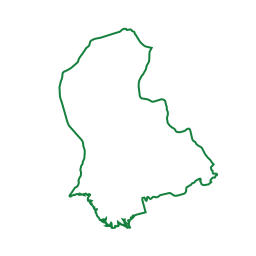 Sind, Natural Earth projection, rotated 345°
{"feature_id": "PAK-1114", "entity_name": "Sind", "entity_type": "Province", "adm_level": 1, "iso_a3": "PAK", "parent_name": "Pakistan", "parent_adm1": "", "projection": "natural_earth1", "projection_center": [68.493, 26.111], "detail": "fine", "context": "isolated", "style": "outline", "palette": "green", "viewbox_px": 256, "rotation_deg": 345, "n_neighbors": 0, "source": "natural_earth", "source_scale": "10m", "svg_char_len": 5834}
<svg xmlns="http://www.w3.org/2000/svg" viewBox="0 0 256 256"><g transform="rotate(345 128 128)"><path d="M171.6,56.7L168.7,59.9L168.3,60.6L165.9,68.4L165.2,69.6L162.3,72.5L160.4,76.0L156.5,80.0L154.3,81.6L151.3,84.9L150.0,87.4L149.1,90.4L147.7,100.1L148.0,101.8L149.0,103.0L154.2,105.3L155.5,106.3L157.9,108.7L159.4,109.2L167.4,108.9L168.6,109.2L169.8,110.0L170.8,111.3L170.9,112.7L170.7,116.0L170.9,117.6L170.8,118.3L170.5,119.1L170.3,119.9L170.3,120.7L170.6,122.3L170.4,123.8L170.0,125.3L168.2,128.5L168.0,129.2L168.0,130.6L167.7,132.7L167.7,133.3L168.4,135.3L169.4,137.2L170.7,138.9L172.1,140.2L172.7,141.0L173.4,143.3L173.9,144.2L174.4,144.6L175.7,145.1L177.6,145.6L181.5,145.5L182.8,145.2L184.1,144.6L185.3,144.2L186.7,144.4L187.4,145.5L187.5,147.2L187.2,155.3L187.5,156.7L188.0,157.5L189.4,159.1L189.6,160.1L189.8,161.0L190.2,161.8L191.3,163.2L193.4,165.2L194.0,166.0L194.4,167.0L195.5,172.5L196.3,174.7L197.2,176.8L199.2,180.2L200.4,183.7L201.3,185.2L200.6,185.8L198.4,187.0L197.9,187.9L197.7,189.2L197.8,190.3L198.4,190.9L198.5,191.2L198.6,191.4L198.4,191.9L198.3,193.1L198.3,193.7L198.4,194.0L199.2,194.4L200.5,194.7L201.7,195.1L202.0,196.1L201.6,196.5L200.0,197.1L199.7,197.5L199.4,198.0L199.1,198.3L198.4,198.3L197.7,197.9L197.1,197.9L196.5,198.1L194.4,199.6L193.9,200.3L194.0,201.0L194.5,201.7L194.3,202.0L193.0,202.4L191.7,203.1L191.1,203.3L186.6,202.9L185.3,202.2L184.8,201.6L184.5,201.1L184.4,199.5L184.0,198.1L184.0,197.6L184.2,197.4L184.8,197.0L185.0,196.6L184.6,195.6L183.2,195.6L179.7,196.5L178.2,197.7L177.6,197.9L175.8,198.0L175.1,198.4L173.9,199.3L173.2,199.5L172.5,199.5L170.6,200.2L169.5,200.4L169.1,200.6L168.7,201.3L167.9,203.7L167.5,204.5L166.3,205.6L164.9,206.0L158.1,206.1L156.3,205.8L154.8,205.0L152.2,202.0L151.2,201.5L141.8,201.2L139.3,202.2L137.9,202.4L137.3,202.3L135.4,201.3L134.6,201.0L134.0,201.2L132.6,202.0L131.7,202.3L131.1,202.3L130.7,201.7L130.0,200.5L129.8,200.1L129.5,199.9L129.2,199.7L128.7,199.8L128.5,200.0L128.4,200.7L127.3,202.8L127.0,203.1L126.3,202.5L126.1,200.2L125.7,199.4L123.9,199.3L123.2,201.0L123.2,214.0L113.4,213.9L111.8,214.2L110.8,215.0L110.7,214.3L110.6,214.0L110.4,213.8L110.0,213.9L110.0,214.2L110.1,214.9L109.8,215.5L109.4,215.9L109.0,216.2L108.5,215.9L108.1,215.1L107.8,215.1L107.5,215.4L107.4,215.8L107.4,216.4L107.6,216.7L107.5,216.9L107.0,216.8L105.9,217.5L105.0,218.9L104.2,216.4L104.2,218.0L104.6,219.0L104.5,219.8L103.9,221.3L103.7,222.1L103.7,222.8L104.1,224.0L104.2,224.7L103.9,224.8L103.3,224.2L102.3,223.2L102.2,224.2L101.7,224.2L101.0,223.7L100.7,222.8L100.8,222.5L101.4,222.0L101.4,221.2L101.7,220.3L101.9,220.2L102.3,220.2L102.3,219.9L101.9,219.5L101.4,218.9L100.9,218.1L100.7,217.2L101.1,215.6L100.5,215.7L99.7,215.2L99.4,215.0L100.3,218.5L100.7,219.4L100.1,220.9L99.7,221.6L99.4,221.8L99.2,221.6L99.0,221.2L98.9,220.3L98.7,220.1L98.4,220.2L98.0,220.4L98.0,220.5L97.3,220.2L97.0,219.9L96.7,219.3L96.1,219.2L95.9,219.1L95.7,218.7L95.8,218.2L95.6,217.9L95.3,217.8L95.0,218.0L94.5,218.6L94.4,217.9L94.4,216.5L94.1,216.1L93.9,217.0L93.5,219.6L93.3,220.2L92.3,220.1L91.3,219.7L89.5,218.8L89.9,219.1L90.3,219.7L90.3,220.2L90.0,220.8L89.4,220.9L88.7,220.8L87.4,220.5L86.8,220.5L86.6,220.4L86.5,220.1L86.6,219.6L87.0,218.6L87.3,216.3L87.4,215.8L87.4,215.5L87.2,215.2L86.8,215.9L86.8,217.6L86.5,218.3L86.0,218.6L85.5,218.4L85.2,217.9L85.2,217.2L84.7,217.7L84.4,217.5L84.1,217.0L83.8,216.6L83.3,216.6L83.2,216.9L83.4,217.4L83.8,217.7L81.9,217.2L81.5,216.9L82.3,216.9L82.6,216.6L82.9,216.3L83.3,215.4L83.6,215.0L82.5,215.6L82.2,215.5L82.1,215.1L82.4,213.6L81.0,213.3L80.6,213.1L81.1,211.7L81.5,211.3L81.9,211.4L82.9,210.8L83.2,210.4L83.3,209.8L82.5,210.5L81.8,210.4L81.1,210.0L80.2,209.8L78.3,209.9L77.3,209.7L76.9,209.1L76.8,207.8L76.4,206.8L75.5,205.1L75.4,204.6L75.3,204.1L75.3,202.1L74.8,201.3L75.3,200.4L75.1,199.4L75.7,198.8L76.8,198.7L77.6,198.8L77.0,198.4L76.4,198.3L75.0,198.3L74.6,197.8L74.7,196.8L75.1,195.0L74.7,195.5L74.2,195.8L74.1,194.8L73.8,193.8L73.2,193.0L72.6,192.2L73.3,191.5L73.1,191.3L72.4,191.1L72.0,190.7L71.9,190.1L71.7,188.9L72.2,189.2L72.8,189.3L73.5,189.2L74.0,188.9L72.5,188.0L71.9,187.8L70.9,188.1L70.6,187.9L70.6,187.1L70.8,186.0L71.4,185.0L72.2,184.1L73.1,183.5L74.0,182.9L74.1,182.6L73.8,182.1L73.3,181.7L73.0,181.8L72.7,182.0L71.4,182.2L71.2,182.1L71.0,181.3L70.8,180.9L70.5,180.6L70.2,180.4L68.9,180.7L68.3,180.4L68.0,180.7L68.3,181.6L67.7,181.3L66.3,180.1L65.7,180.0L65.2,179.7L64.7,179.2L64.4,178.8L64.2,178.8L64.2,179.5L64.4,180.1L63.6,180.0L63.0,179.6L62.4,179.0L61.6,178.5L60.7,178.5L59.8,178.8L59.0,179.0L58.2,178.5L57.9,178.7L56.1,178.9L55.3,179.2L54.9,179.3L54.0,179.0L54.1,178.2L54.8,177.4L55.7,176.9L61.0,172.2L61.6,171.8L63.1,171.6L63.6,171.4L64.5,170.8L65.3,169.9L66.3,168.2L66.5,167.6L66.5,166.3L66.7,165.7L68.2,163.6L69.8,162.2L70.2,161.5L71.2,158.6L71.2,158.2L71.1,156.7L71.1,156.3L71.3,155.8L73.0,152.5L73.3,152.1L74.2,151.6L74.5,151.3L74.7,151.0L75.4,149.3L77.7,146.4L78.1,145.6L79.8,140.7L80.2,139.3L80.4,138.0L80.2,134.1L80.7,130.6L80.6,129.4L80.3,128.0L71.8,110.9L71.5,110.1L71.2,108.3L71.0,106.3L70.7,86.2L70.4,82.3L70.4,80.9L70.6,79.1L71.9,73.2L72.1,71.9L72.3,71.1L72.8,70.1L75.0,65.9L77.3,62.6L78.9,58.6L79.3,57.8L80.6,57.1L84.3,56.5L88.6,55.3L96.6,51.4L98.1,49.0L99.1,47.8L106.4,41.8L107.0,41.1L108.5,39.9L111.3,38.7L111.7,38.3L112.0,38.1L113.6,35.2L114.3,34.4L114.8,34.2L115.7,33.8L119.1,33.3L124.8,33.7L140.5,33.0L144.9,32.9L148.4,31.3L148.9,31.2L149.7,31.2L150.6,31.4L151.7,31.7L151.9,32.0L152.0,32.8L152.3,33.0L155.5,33.4L156.4,33.7L157.1,35.4L157.7,35.9L158.2,36.2L158.6,36.5L158.9,36.9L159.0,37.5L159.0,38.9L159.1,39.2L159.7,40.3L159.9,41.3L162.0,47.9L162.5,49.0L164.6,52.3L165.7,53.5L167.8,54.8L171.6,56.7ZM78.0,210.1L78.5,210.6L79.3,210.6L80.8,210.1L81.7,210.6L81.0,210.9L80.7,212.0L79.8,212.3L79.2,212.0L78.6,211.4L78.2,210.7L78.0,210.1Z" fill="none" stroke="#15803d" stroke-width="2"/></g></svg>